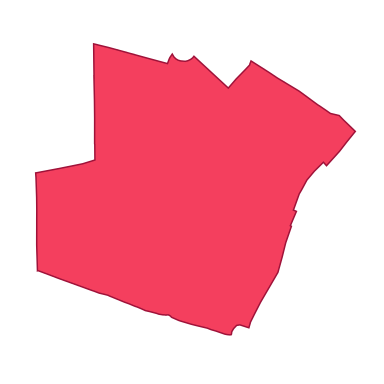 Bistret, Dolj, Romania, rotated 275°
{"feature_id": "2599482B85941716233040", "entity_name": "Bistret", "entity_type": "district", "adm_level": 2, "iso_a3": "ROU", "parent_name": "Romania", "parent_adm1": "Dolj", "projection": "robinson", "projection_center": [23.492, 43.88], "detail": "fine", "context": "isolated", "style": "filled", "palette": "rose", "viewbox_px": 384, "rotation_deg": 275, "n_neighbors": 0, "source": "geoboundaries", "source_scale": "gbopen_adm2", "svg_char_len": 1713}
<svg xmlns="http://www.w3.org/2000/svg" viewBox="0 0 384 384"><g transform="rotate(275 192 192)"><path d="M327.7,160.3L324.1,158.3L322.2,157.6L317.8,156.4L318.0,155.2L320.8,139.4L321.9,133.3L328.7,96.1L330.2,86.2L330.6,84.0L331.0,81.1L297.9,84.4L298.0,84.3L275.2,86.8L256.9,88.6L231.4,90.8L231.0,91.0L215.4,92.5L210.6,80.7L207.2,69.2L203.5,56.5L197.5,35.1L197.4,34.6L193.0,35.3L186.4,36.1L173.1,37.7L165.0,38.5L159.8,39.0L151.3,39.7L143.3,40.4L133.8,41.2L125.7,41.9L108.7,43.9L100.1,44.9L100.3,45.2L99.5,48.2L94.0,67.8L85.2,100.9L84.7,103.0L83.2,108.3L82.5,113.1L81.8,117.4L81.2,118.8L80.4,121.5L78.6,127.2L76.3,134.6L75.1,139.2L73.7,143.5L73.1,145.5L72.7,147.3L72.0,149.5L71.2,151.9L70.3,154.5L69.8,155.8L69.2,160.3L68.4,165.0L68.0,167.3L67.4,169.6L67.2,172.4L67.1,173.8L67.2,175.0L67.1,177.0L67.4,177.5L67.5,179.3L66.8,180.9L66.1,181.9L65.6,182.3L65.3,182.9L64.7,184.7L64.0,186.7L62.9,190.0L62.4,192.1L60.2,202.8L59.4,207.7L58.7,212.4L57.7,219.2L56.8,222.1L56.5,223.2L56.1,225.3L55.6,227.8L53.3,237.0L53.1,238.6L53.0,239.8L53.0,242.0L53.2,243.4L53.9,243.7L56.3,243.8L59.6,245.4L63.0,248.1L63.8,251.3L61.7,260.5L66.8,261.5L67.2,261.5L75.4,264.7L88.2,269.9L119.4,284.6L135.2,287.5L149.7,289.8L166.5,294.0L167.0,292.9L181.8,297.7L182.8,294.6L199.5,299.0L203.7,301.0L213.9,305.4L223.4,312.1L233.1,320.3L229.9,323.7L245.4,335.4L255.5,341.9L266.6,349.4L276.9,336.7L281.0,332.0L282.3,323.1L288.4,312.4L289.9,309.5L301.9,289.8L313.0,267.1L317.9,258.2L327.7,239.4L324.6,238.5L323.6,238.4L318.4,234.3L308.4,226.1L298.7,219.1L301.4,215.6L327.4,182.1L325.6,180.9L324.0,179.1L322.4,176.4L321.6,174.0L321.6,169.2L322.1,166.6L323.2,164.4L324.9,162.3L327.7,160.3Z" fill="#f43f5e" stroke="#9f1239" stroke-width="1.5"/></g></svg>